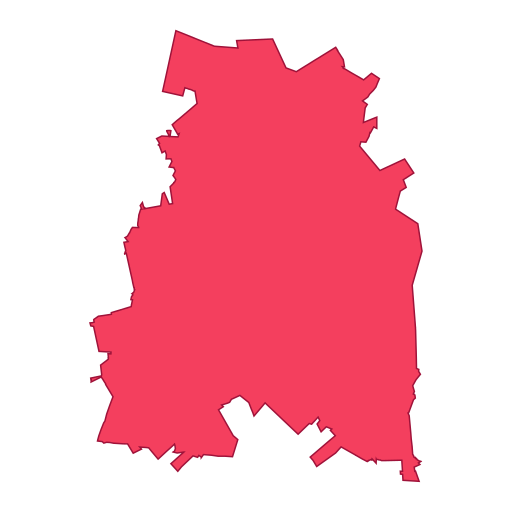 outline of Ekurhuleni, Gauteng, South Africa
{"feature_id": "47623444B61881803671589", "entity_name": "Ekurhuleni", "entity_type": "district", "adm_level": 2, "iso_a3": "ZAF", "parent_name": "South Africa", "parent_adm1": "Gauteng", "projection": "mercator", "projection_center": [28.292, -26.184], "detail": "fine", "context": "isolated", "style": "filled", "palette": "rose", "viewbox_px": 512, "rotation_deg": 0, "n_neighbors": 0, "source": "geoboundaries", "source_scale": "gbopen_adm2", "svg_char_len": 5747}
<svg xmlns="http://www.w3.org/2000/svg" viewBox="0 0 512 512"><path d="M91.2,380.4L91.1,382.0L101.2,377.0L102.9,379.4L103.1,379.6L103.2,380.0L105.1,383.0L105.6,383.6L105.6,384.4L113.0,396.7L109.7,405.5L106.7,414.0L104.9,421.1L103.7,422.9L101.1,429.4L98.8,435.9L97.8,439.7L97.5,441.0L102.3,441.6L103.8,443.1L106.6,442.3L109.9,442.5L113.5,443.2L123.0,443.8L127.6,443.9L133.2,453.2L138.4,450.6L141.5,449.1L139.7,447.0L143.2,447.3L146.0,447.5L146.9,447.6L148.7,447.8L151.8,451.6L158.1,459.1L158.9,458.4L167.0,450.9L169.6,448.6L174.5,444.1L175.0,445.9L175.4,448.8L175.2,449.1L174.4,451.4L174.2,451.5L173.6,451.6L173.4,451.7L173.3,451.9L173.2,451.9L173.1,452.0L176.7,452.9L177.2,453.0L178.0,452.9L183.3,452.1L183.8,452.1L170.9,463.7L177.8,471.3L181.5,466.8L193.0,455.9L197.6,457.3L198.9,455.4L201.4,457.2L201.3,457.3L201.3,457.6L203.5,454.6L211.3,455.2L218.2,456.2L225.0,456.2L232.5,456.7L237.8,439.6L235.7,437.8L233.2,435.7L218.5,409.8L223.3,406.7L221.6,405.0L227.7,403.1L229.6,402.3L231.4,399.3L239.9,395.4L248.8,402.5L251.3,409.0L252.8,412.6L254.0,416.0L259.1,410.0L265.1,402.9L281.2,418.2L298.1,434.2L309.2,423.5L311.6,424.2L312.7,423.0L313.0,422.6L313.7,421.9L314.0,421.6L315.8,419.6L316.2,419.2L316.5,418.8L318.1,417.1L319.8,420.6L317.1,424.0L321.1,431.8L326.3,426.8L331.8,429.0L330.4,430.4L335.3,435.7L329.0,441.0L310.2,457.1L312.6,459.9L313.0,460.3L316.7,466.5L335.6,453.0L341.1,446.9L355.8,455.2L355.8,455.3L356.1,455.4L362.5,459.1L364.5,460.1L366.7,461.3L366.8,461.2L367.3,461.3L367.5,461.5L367.9,461.3L367.9,460.9L368.4,460.6L368.6,460.6L368.6,460.4L369.1,460.3L369.4,460.2L369.5,460.2L369.9,460.1L370.1,460.0L370.3,459.8L370.4,459.7L370.7,459.6L370.8,459.6L371.2,459.8L371.5,460.0L371.9,460.1L372.0,460.0L372.0,459.6L372.1,459.3L372.1,459.2L371.9,459.1L372.0,458.8L376.1,463.2L376.1,462.9L376.3,459.2L376.4,459.4L376.5,459.5L376.9,459.5L378.0,459.5L378.8,459.9L379.3,460.0L380.1,460.0L380.4,460.0L380.8,460.3L381.5,460.6L381.9,460.6L384.2,460.6L401.8,460.2L402.5,471.3L400.3,471.2L400.5,474.1L402.6,474.3L403.0,480.3L419.1,481.3L415.5,471.1L414.8,471.3L414.2,467.1L419.9,464.5L418.4,462.9L421.0,461.4L420.9,461.3L420.7,461.2L420.1,461.3L419.9,461.3L419.8,461.2L419.7,461.1L419.2,461.1L418.8,460.6L418.2,460.3L417.8,460.1L417.4,460.0L417.2,459.6L417.0,459.2L416.8,459.1L416.7,459.0L416.6,458.8L416.5,458.7L416.6,459.4L416.4,459.1L416.2,459.0L416.1,458.9L416.0,458.7L415.9,458.6L415.7,458.5L415.5,458.2L415.2,457.9L414.9,457.3L414.7,457.4L414.5,457.5L414.3,457.4L414.1,457.3L414.0,457.2L413.9,456.8L413.7,456.5L413.6,456.2L413.6,455.8L413.5,455.5L413.2,455.0L412.7,454.6L412.1,446.5L411.2,438.7L410.8,433.4L409.2,415.7L408.0,413.0L408.7,412.7L410.1,408.9L413.5,399.7L415.3,398.1L414.9,395.0L413.4,394.1L413.8,393.3L413.6,393.1L414.4,391.6L412.7,385.7L416.1,379.6L420.4,374.3L418.6,371.3L418.8,369.4L416.5,368.5L416.3,357.3L415.6,330.4L415.5,328.7L415.5,327.7L415.3,325.8L415.3,325.5L414.4,313.6L412.3,286.4L412.2,285.3L422.0,251.1L417.8,223.7L395.6,209.2L395.7,208.4L398.4,198.1L400.3,191.1L406.2,187.4L403.3,179.7L413.8,173.0L404.6,159.0L379.9,170.5L359.6,146.1L360.9,141.8L365.9,142.2L369.0,136.4L369.9,132.6L370.4,132.9L373.7,126.9L376.8,128.4L376.8,117.1L363.4,122.5L363.8,118.8L365.2,107.9L367.3,104.4L362.5,100.9L365.8,98.5L367.7,97.1L368.1,96.6L369.6,94.1L370.5,93.2L373.3,90.4L375.6,87.5L375.9,87.1L377.4,83.3L379.4,78.6L371.5,73.3L363.6,79.9L362.5,79.2L351.5,72.9L344.8,68.9L343.3,68.4L343.2,68.0L343.0,67.3L342.8,67.0L342.5,66.7L344.5,66.9L343.5,60.9L343.2,59.5L338.5,52.2L337.4,50.4L337.6,50.3L335.7,47.3L324.4,54.3L314.8,60.2L296.3,71.7L286.0,67.9L272.6,39.0L236.6,40.6L237.9,48.0L218.0,46.5L214.3,46.2L175.9,30.7L165.6,77.8L162.6,91.4L182.7,95.9L184.9,87.7L186.0,88.2L187.5,88.5L188.0,88.8L188.8,89.1L190.5,89.5L191.4,89.8L193.3,90.8L193.9,91.0L194.3,91.1L194.5,91.1L195.0,91.1L196.3,98.9L196.4,99.4L196.4,99.7L197.1,103.6L196.6,103.9L196.5,104.0L196.4,104.1L192.9,107.1L192.6,107.4L192.1,107.8L191.9,108.0L179.3,118.7L176.9,120.6L173.9,123.2L173.4,123.7L173.1,123.9L173.0,124.0L172.2,124.7L176.7,132.5L177.6,134.2L179.1,133.6L178.0,136.9L170.0,136.5L170.9,130.7L170.3,130.5L169.7,130.5L169.0,130.5L168.4,130.5L167.8,130.5L167.1,130.6L166.7,130.7L166.7,130.9L166.8,131.3L168.2,134.0L168.5,134.4L168.6,134.5L168.6,134.8L168.6,135.3L168.7,135.8L168.9,136.5L168.5,136.4L161.8,136.0L156.6,138.6L159.6,143.4L158.3,144.9L159.4,145.7L162.0,152.8L165.1,151.0L166.4,154.5L166.1,158.9L170.9,158.8L171.9,161.5L169.1,167.0L173.4,167.6L173.7,167.5L175.4,170.9L173.4,174.7L173.1,175.4L173.0,175.6L173.2,175.8L173.3,175.8L175.8,179.4L174.8,181.8L173.8,182.5L173.9,182.9L170.1,186.7L172.6,203.6L169.2,204.2L164.2,192.5L162.3,193.8L160.7,205.8L144.1,208.8L144.3,207.6L144.5,207.5L143.6,206.8L142.4,202.5L140.2,205.6L141.8,209.2L140.7,209.2L139.1,214.2L138.9,214.8L138.8,215.4L138.7,216.3L138.6,217.6L138.4,218.4L138.2,220.5L137.8,223.0L137.7,225.3L137.8,225.7L138.4,226.5L138.4,227.5L139.0,227.6L139.4,227.6L132.4,227.4L131.8,228.4L131.1,229.3L129.5,233.0L129.3,233.0L127.5,236.1L125.3,237.5L125.0,237.6L128.1,241.6L123.9,242.3L125.1,247.8L125.2,248.0L125.3,248.4L125.8,250.9L125.5,251.2L125.4,251.3L125.3,251.7L125.2,252.1L124.6,253.6L124.7,254.0L126.3,253.2L131.1,274.9L131.5,276.6L132.4,280.7L132.7,282.5L133.9,287.7L134.2,287.7L134.3,289.9L134.6,289.9L133.8,292.1L132.2,293.5L132.7,293.6L132.3,295.4L132.5,295.4L131.5,296.7L130.9,299.6L132.5,299.8L131.6,304.2L131.5,304.5L131.2,306.6L119.1,310.3L111.3,312.6L111.4,314.3L102.8,315.6L98.4,316.2L93.9,319.4L93.7,319.8L94.2,322.1L92.3,322.7L90.0,322.9L90.8,325.9L93.6,326.4L99.0,351.4L111.0,352.1L110.9,353.9L108.0,353.7L108.4,357.8L108.2,357.8L108.3,359.2L100.6,365.1L101.7,374.7L101.4,375.9L90.7,378.1L91.0,380.0L91.2,379.9L91.2,380.4Z" fill="#f43f5e" stroke="#9f1239" stroke-width="1.5"/></svg>